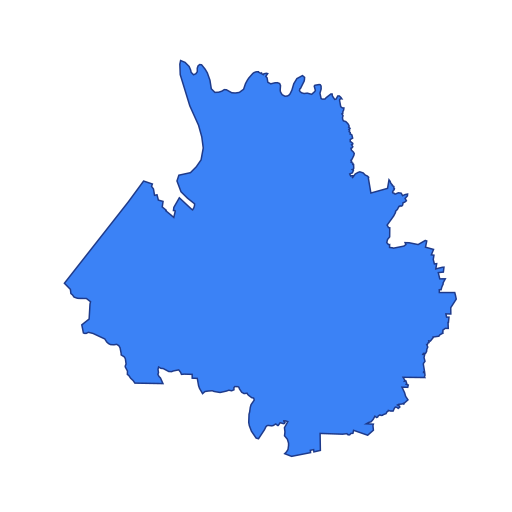 outline of Gutiérrez Zamora, Veracruz, Mexico, rotated 263°
{"feature_id": "50627088B23583227090437", "entity_name": "Gutiérrez Zamora", "entity_type": "district", "adm_level": 2, "iso_a3": "MEX", "parent_name": "Mexico", "parent_adm1": "Veracruz", "projection": "mercator", "projection_center": [-97.115, 20.451], "detail": "fine", "context": "isolated", "style": "filled", "palette": "blue", "viewbox_px": 512, "rotation_deg": 263, "n_neighbors": 0, "source": "geoboundaries", "source_scale": "gbopen_adm2", "svg_char_len": 6064}
<svg xmlns="http://www.w3.org/2000/svg" viewBox="0 0 512 512"><g transform="rotate(263 256 256)"><path d="M166.6,438.9L171.8,440.1L172.1,437.7L175.4,437.4L174.7,442.3L181.0,443.0L188.8,449.5L192.7,449.2L195.5,448.8L197.4,433.5L200.2,433.8L200.0,435.6L202.7,436.7L205.5,438.4L206.3,438.3L210.3,441.1L210.9,435.6L217.3,434.9L217.2,440.0L222.0,441.2L222.1,439.5L221.3,432.9L226.4,434.4L226.4,432.1L230.9,431.5L235.1,432.7L235.8,430.2L240.9,433.0L244.1,425.3L250.1,427.3L250.8,425.9L247.6,418.3L250.5,409.6L251.1,405.6L249.1,406.2L247.8,404.0L247.0,393.2L247.4,392.8L248.2,389.6L251.0,390.0L250.9,389.5L251.6,388.6L253.4,387.4L256.4,388.6L258.7,391.0L267.7,392.2L268.0,391.0L270.7,389.9L278.9,397.5L282.1,399.7L283.4,400.0L285.0,402.0L287.8,403.9L288.0,404.4L287.7,404.8L288.2,405.3L287.8,406.7L288.6,407.7L291.0,408.5L291.3,410.1L292.5,412.0L295.0,411.0L297.2,413.6L299.0,414.0L298.8,411.5L298.0,408.9L300.7,407.7L301.4,405.0L300.5,401.8L300.9,400.9L301.5,400.7L302.0,399.5L302.8,399.3L304.6,400.5L304.8,401.1L306.0,401.6L306.4,401.1L308.2,401.3L309.3,399.9L309.8,400.0L312.0,398.6L313.8,398.2L315.4,397.3L307.1,394.8L304.5,377.7L319.7,377.0L320.4,377.4L321.8,376.3L323.0,374.3L325.4,372.5L326.9,369.3L326.5,367.4L325.3,364.5L321.5,360.9L323.2,362.2L323.8,362.1L324.0,360.8L323.7,359.9L324.6,359.4L326.0,359.0L326.8,361.8L329.1,363.1L330.1,362.1L330.3,363.2L331.2,363.7L334.9,364.0L335.1,363.2L336.2,363.5L337.6,361.8L338.3,362.5L339.5,361.9L340.0,362.8L343.8,365.3L345.7,366.0L347.2,365.4L349.5,363.6L351.4,363.4L351.5,364.3L352.6,365.4L354.8,364.4L355.1,365.5L356.0,365.8L357.7,364.2L358.0,363.5L360.1,363.7L361.2,366.3L364.5,365.9L365.2,365.2L365.5,364.3L367.1,364.6L368.1,363.6L369.6,364.3L370.2,363.6L371.3,364.9L372.6,363.6L373.6,364.3L374.9,363.9L376.2,363.3L378.5,361.5L379.5,359.2L381.1,358.7L382.9,358.7L384.6,359.5L386.6,358.6L386.9,359.5L388.7,359.8L390.3,360.8L392.2,361.3L392.5,359.7L393.9,358.3L400.1,357.9L401.3,358.2L401.8,359.6L401.6,360.3L403.0,359.6L404.7,358.2L404.9,356.7L402.0,354.6L401.8,353.2L405.6,351.3L407.5,351.3L407.7,350.1L404.6,344.9L403.4,343.6L403.6,340.9L404.4,339.8L409.8,339.3L413.8,341.0L416.8,341.3L418.2,340.6L418.5,339.6L418.3,335.3L417.5,334.5L413.1,335.1L412.0,334.3L409.7,330.9L411.4,326.8L411.4,323.5L412.4,321.2L413.7,319.8L415.0,319.3L416.7,320.0L416.9,320.6L423.7,325.1L425.2,325.6L427.4,326.0L429.4,324.1L427.1,318.2L422.4,314.5L416.2,311.8L412.8,309.6L411.6,308.2L411.0,306.7L411.0,304.3L412.9,301.6L415.8,300.3L417.6,300.2L422.1,301.1L424.3,300.5L425.4,298.4L425.6,296.0L425.1,291.6L427.0,288.9L431.5,288.7L433.1,287.6L435.6,289.8L436.1,288.6L435.9,286.0L435.1,285.3L436.3,283.9L436.9,283.8L436.6,283.3L438.1,281.0L438.6,280.9L438.8,278.6L438.3,276.4L437.5,275.0L433.5,270.5L431.5,268.8L428.4,266.6L423.0,264.0L420.4,259.4L420.3,255.3L421.0,251.8L424.6,246.9L425.0,244.8L423.8,242.3L423.1,238.9L423.4,235.1L427.4,232.0L436.1,231.7L443.7,230.0L447.6,228.3L452.4,225.3L452.9,223.4L451.8,221.7L449.6,220.6L446.1,220.2L444.2,218.5L443.5,216.1L446.2,214.0L448.5,213.8L452.3,212.7L456.8,209.2L459.2,205.0L455.7,203.8L445.2,202.9L413.1,208.6L392.8,214.9L380.8,216.7L369.6,216.8L358.1,213.2L351.8,207.6L346.7,201.1L345.6,189.3L340.1,186.7L328.9,189.4L321.8,195.0L315.3,201.4L313.5,201.1L311.6,200.3L309.5,198.7L310.1,197.9L323.1,187.0L314.3,180.4L311.2,179.6L310.9,181.1L310.3,181.3L304.3,179.1L311.9,172.0L312.4,172.4L316.1,168.9L321.5,170.4L323.4,165.9L328.8,165.2L328.6,162.7L335.0,162.4L337.8,160.8L340.1,161.9L344.1,153.6L325.2,135.8L252.3,62.5L245.5,67.7L241.3,67.7L239.8,69.1L237.4,70.4L235.9,73.4L235.5,75.0L234.5,82.5L230.8,86.2L228.6,85.4L213.8,82.7L208.9,74.7L200.7,75.3L200.1,76.4L199.9,78.1L200.7,80.3L199.0,84.8L192.1,95.8L188.8,97.4L187.0,99.0L185.8,100.8L185.2,104.2L185.3,107.0L183.6,109.0L181.4,109.9L175.6,110.3L174.3,110.1L171.9,113.0L170.0,113.8L164.7,113.9L162.7,112.8L161.9,112.7L157.5,114.4L154.1,113.9L152.9,115.2L149.9,116.7L147.3,118.9L144.6,120.3L140.7,148.1L146.6,146.3L148.3,145.0L150.6,144.2L152.1,145.0L155.4,144.9L157.7,145.8L156.1,147.9L155.6,150.2L152.0,155.3L151.5,158.1L152.0,160.0L152.4,165.4L149.9,166.9L147.6,167.6L147.5,170.4L146.3,178.2L142.5,177.8L141.7,182.8L134.2,183.2L131.5,183.8L125.9,186.2L127.7,188.8L127.8,192.1L127.6,196.2L126.7,197.8L124.9,203.7L125.5,209.9L126.1,212.7L125.2,215.4L125.9,217.8L128.0,218.0L129.0,219.0L128.5,222.2L127.7,223.1L126.3,223.3L122.5,225.2L120.9,227.4L120.9,230.4L119.6,230.9L118.6,231.7L115.9,234.5L115.3,236.3L113.9,236.6L113.1,236.6L109.1,233.0L106.5,231.9L102.0,230.7L99.8,229.8L91.7,228.5L88.4,228.7L82.7,230.1L75.3,233.9L74.3,236.2L82.5,243.2L85.4,245.1L86.1,246.0L86.4,247.3L85.5,251.0L85.7,252.6L86.9,255.1L85.1,256.9L85.1,257.4L87.6,259.7L86.2,262.9L86.3,263.7L87.2,264.5L87.9,264.2L88.2,263.5L89.0,263.5L88.8,265.2L87.7,267.4L82.1,263.3L77.9,263.3L74.1,262.4L70.3,264.8L66.3,265.5L63.9,265.2L60.1,264.2L57.8,262.3L56.3,260.4L52.8,266.9L54.2,286.2L56.5,286.2L56.8,289.6L54.5,289.6L55.2,296.2L72.1,298.0L68.6,320.2L68.6,324.6L67.6,325.1L67.6,325.7L67.2,326.0L67.1,327.2L68.3,328.5L68.2,330.6L71.1,331.6L64.5,345.0L68.8,351.3L73.5,351.4L74.8,352.0L76.0,345.0L77.1,347.7L77.4,350.0L79.6,352.4L82.5,354.5L81.0,356.0L81.3,357.1L82.4,357.9L83.2,359.7L82.5,360.7L82.5,362.3L83.0,362.8L83.7,365.9L85.2,366.8L85.8,368.1L86.6,368.5L85.7,370.7L85.4,373.2L87.9,374.7L89.1,375.9L88.5,377.5L87.4,378.6L88.5,380.3L89.5,380.2L90.9,378.3L91.4,379.5L91.3,383.1L91.8,384.3L91.2,384.6L90.6,384.1L91.1,384.8L91.8,385.1L94.7,389.3L98.5,387.4L102.3,386.8L108.0,384.9L107.2,390.6L109.4,391.4L110.4,389.4L111.0,390.1L113.8,389.5L113.7,388.1L114.4,388.6L117.7,387.2L114.8,408.7L115.5,408.4L117.0,409.2L119.8,409.2L119.9,408.1L120.7,408.3L120.8,409.2L128.1,408.9L129.0,409.1L130.9,410.9L134.7,410.4L137.6,411.4L138.0,409.6L138.9,410.3L138.7,412.4L140.5,413.7L142.7,414.2L144.7,415.4L147.2,414.7L147.1,415.2L148.9,416.3L149.0,417.2L150.7,417.1L150.3,418.7L153.4,421.9L154.0,421.9L154.1,427.7L155.4,428.9L156.7,432.2L157.6,431.8L158.0,432.3L159.6,432.4L161.1,435.0L160.7,438.0L166.6,438.5L166.6,438.9Z" fill="#3b82f6" stroke="#1e3a8a" stroke-width="1.5"/></g></svg>